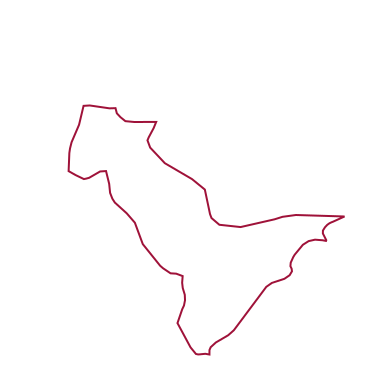 outline of Madriz, rotated 230°
{"feature_id": "NIC-665", "entity_name": "Madriz", "entity_type": "Department", "adm_level": 1, "iso_a3": "NIC", "parent_name": "Nicaragua", "parent_adm1": "", "projection": "robinson", "projection_center": [-86.499, 13.43], "detail": "fine", "context": "isolated", "style": "outline", "palette": "rose", "viewbox_px": 384, "rotation_deg": 230, "n_neighbors": 0, "source": "natural_earth", "source_scale": "10m", "svg_char_len": 1204}
<svg xmlns="http://www.w3.org/2000/svg" viewBox="0 0 384 384"><g transform="rotate(230 192 192)"><path d="M68.4,263.2L71.1,261.0L76.4,255.6L79.4,249.8L80.3,243.0L78.0,230.5L77.1,227.8L74.4,222.2L71.9,219.7L69.2,219.0L67.0,217.6L65.5,213.3L66.1,207.0L71.0,194.8L71.6,188.0L59.2,135.2L59.0,127.7L61.4,113.6L61.1,106.6L59.7,103.8L56.3,100.9L59.5,98.2L62.5,93.8L63.6,92.3L65.4,90.9L73.9,91.0L100.9,96.6L108.5,109.2L110.2,112.9L113.6,117.1L117.9,120.4L124.4,123.2L128.8,126.1L133.6,130.8L139.6,127.4L143.5,123.3L152.2,120.8L156.0,120.2L183.7,120.8L205.2,128.5L217.6,128.3L233.5,126.1L238.1,126.7L244.0,128.7L251.5,133.8L263.3,139.6L266.8,134.8L269.0,122.3L270.3,119.5L271.4,117.5L279.8,113.7L287.3,110.9L300.7,123.1L303.8,126.6L307.5,131.7L316.1,148.7L327.7,164.3L324.0,169.3L309.1,182.6L305.4,187.3L300.6,185.0L295.2,185.3L289.1,186.5L282.8,192.7L268.7,209.6L265.6,203.7L261.7,194.0L260.2,191.1L252.9,188.5L231.5,189.7L201.9,200.3L185.6,203.4L169.1,194.6L163.5,191.6L159.5,190.2L149.3,191.9L133.9,206.7L118.0,237.7L114.8,245.4L107.6,256.8L75.2,293.1L78.7,280.6L79.1,279.5L79.7,277.2L79.9,274.5L79.5,271.2L78.3,267.5L76.1,265.6L68.8,263.9L68.4,263.2Z" fill="none" stroke="#9f1239" stroke-width="2"/></g></svg>